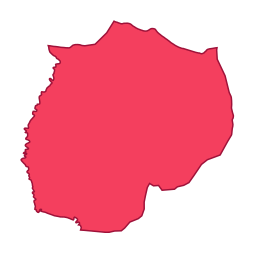 Juban, Al Dali', Yemen, rotated 94°
{"feature_id": "15242507B54497479807016", "entity_name": "Juban", "entity_type": "district", "adm_level": 2, "iso_a3": "YEM", "parent_name": "Yemen", "parent_adm1": "Al Dali'", "projection": "albers", "projection_center": [44.946, 14.052], "detail": "fine", "context": "isolated", "style": "filled", "palette": "rose", "viewbox_px": 256, "rotation_deg": 94, "n_neighbors": 0, "source": "geoboundaries", "source_scale": "gbopen_adm2", "svg_char_len": 5901}
<svg xmlns="http://www.w3.org/2000/svg" viewBox="0 0 256 256"><g transform="rotate(94 128 128)"><path d="M228.1,124.4L221.7,119.6L217.7,111.4L214.6,108.1L207.7,106.2L200.8,106.7L194.4,105.9L186.7,104.7L185.8,104.5L181.8,102.6L183.9,98.5L183.2,93.5L187.7,89.7L185.8,77.3L183.2,74.6L181.3,68.4L178.2,63.4L171.1,59.1L159.2,52.2L154.1,46.6L148.5,34.2L134.5,27.7L128.4,24.6L127.5,24.2L126.1,24.1L122.2,24.0L120.9,23.9L119.0,23.6L117.1,23.6L115.8,23.9L113.3,24.5L112.7,24.5L112.1,24.5L110.9,23.9L110.2,23.8L109.1,23.7L108.5,23.7L107.2,24.1L105.4,24.8L101.2,26.1L100.6,26.2L97.3,26.2L93.3,26.6L90.9,27.0L90.3,27.1L89.2,27.5L85.8,29.4L84.7,29.8L69.2,34.8L53.2,43.8L44.0,45.0L42.8,44.9L41.7,44.8L41.8,45.4L42.2,47.2L42.8,49.6L43.3,52.0L43.9,53.8L44.2,54.3L44.7,54.9L45.2,55.3L45.7,55.5L46.5,56.4L47.9,57.6L48.7,59.3L48.8,59.9L48.7,60.5L48.4,61.6L48.2,62.0L48.3,62.6L47.8,65.8L44.8,78.7L44.9,79.2L44.6,80.5L43.9,83.0L42.9,85.4L42.1,87.1L41.3,88.4L40.0,90.9L39.2,92.0L38.2,93.4L37.5,94.6L37.1,95.1L36.1,96.9L35.3,98.0L34.0,100.3L33.2,101.5L32.5,102.4L32.2,103.0L30.5,105.2L29.0,106.6L28.4,107.0L27.5,107.9L27.3,108.5L27.1,109.6L27.1,110.3L27.1,110.9L27.2,111.4L27.4,112.0L27.7,112.6L28.5,113.6L29.5,115.1L29.8,115.7L30.1,117.0L30.1,118.2L30.0,119.4L29.5,121.2L29.4,121.9L29.0,123.1L28.5,124.9L27.5,127.2L26.8,128.4L26.2,129.6L25.9,130.2L24.3,132.4L23.8,133.6L23.6,134.9L23.5,135.6L23.6,137.1L23.7,137.7L23.8,138.9L23.9,139.7L24.4,140.9L24.5,142.0L24.4,142.6L24.0,143.8L23.9,144.5L23.5,145.6L23.3,146.2L23.1,147.5L23.0,148.0L22.4,149.4L24.5,150.5L34.6,155.9L46.6,166.5L46.8,166.8L49.0,176.8L48.9,179.7L48.7,180.5L48.4,181.6L48.3,182.9L48.3,184.3L48.5,186.4L48.9,187.7L49.1,188.3L49.4,188.9L49.8,189.3L50.7,190.2L51.7,191.3L52.0,191.9L52.2,192.6L52.3,195.3L52.2,197.5L52.2,200.7L52.0,202.6L51.8,205.8L51.8,207.8L51.5,211.0L51.4,213.3L52.9,212.7L55.0,212.3L56.3,211.8L57.3,211.4L57.8,211.1L58.3,210.6L59.0,209.7L59.8,208.8L60.7,207.6L61.0,207.1L61.4,205.9L61.7,205.3L62.5,204.5L63.1,204.3L63.6,203.9L64.3,202.3L65.1,201.4L65.5,200.9L66.0,200.4L66.6,200.2L67.2,200.1L67.8,200.3L68.3,200.6L68.6,201.1L68.8,201.6L68.8,202.2L69.3,204.3L69.8,204.6L70.4,204.3L71.6,204.2L72.2,204.3L72.4,204.9L72.6,206.1L72.8,206.6L73.3,206.9L73.8,206.6L74.6,205.5L75.2,205.3L75.8,205.3L76.4,205.3L78.2,205.7L78.8,205.7L79.9,206.5L80.5,206.5L81.7,206.0L83.0,205.5L83.7,205.4L84.5,205.5L85.7,205.9L85.8,206.4L85.1,207.5L84.2,208.4L84.0,209.0L84.2,209.6L84.7,209.8L85.3,209.6L85.9,209.2L87.2,208.1L87.9,207.1L88.5,207.1L89.0,207.2L89.8,208.3L90.4,208.5L91.0,208.7L91.4,209.0L92.1,210.1L93.2,211.0L93.6,211.5L95.3,212.2L97.1,212.6L97.5,213.1L97.8,213.6L98.0,214.2L97.9,216.6L98.4,216.9L99.0,216.9L100.8,216.6L101.3,217.0L102.1,218.0L102.5,218.5L103.0,218.7L103.6,218.7L104.2,218.7L107.6,217.9L108.8,217.7L109.4,217.7L110.0,217.8L110.3,218.3L110.5,218.9L110.6,220.1L111.2,220.2L111.7,220.4L112.1,221.5L112.6,221.9L113.7,222.0L114.3,222.2L114.9,222.2L115.4,221.9L115.6,221.4L115.9,220.8L116.2,220.3L116.8,220.2L117.4,220.3L117.8,220.7L117.9,221.3L117.9,223.1L118.0,223.7L118.6,223.9L119.2,224.1L120.3,224.1L120.9,223.9L121.3,223.3L121.5,222.6L122.0,222.2L122.5,222.2L123.1,222.5L124.7,223.8L125.2,224.1L125.6,224.5L127.1,225.6L128.2,226.2L129.4,226.6L131.1,227.4L131.7,227.7L132.3,227.8L133.4,227.5L134.6,227.2L135.2,227.4L135.3,228.1L135.3,230.5L135.5,231.1L136.0,231.4L136.5,231.2L136.9,230.7L137.9,229.2L138.5,229.2L139.5,230.1L139.8,229.7L139.9,228.4L140.1,227.9L140.8,227.7L141.4,227.7L142.1,227.6L142.9,227.6L143.5,227.7L144.9,228.9L145.5,229.2L146.2,229.1L146.5,228.5L146.7,227.3L147.2,226.2L147.5,225.6L148.1,225.2L148.7,225.0L149.2,225.4L149.9,226.5L150.5,227.7L151.0,228.3L151.5,228.9L152.1,229.2L152.6,229.2L153.2,228.9L153.9,227.9L154.5,226.9L155.2,225.9L155.7,225.9L156.1,226.5L156.4,228.2L156.7,228.7L157.2,229.0L158.2,228.3L158.8,228.6L159.4,229.7L159.9,230.2L160.4,230.5L160.8,230.0L160.7,229.4L160.3,228.3L160.2,227.7L160.6,227.3L161.2,227.4L161.7,228.1L162.2,229.1L162.7,229.4L163.3,229.2L163.8,228.1L164.3,227.9L164.9,228.4L165.1,228.9L165.6,230.7L165.8,231.2L166.2,231.7L166.6,232.1L167.1,232.4L167.7,232.2L168.2,231.8L170.5,229.4L171.7,227.9L172.5,227.6L173.0,227.3L173.4,226.8L173.6,226.2L173.6,225.7L173.8,225.1L174.2,224.6L174.8,224.4L175.4,224.3L176.6,224.3L177.2,224.5L177.6,225.1L178.1,225.5L178.6,225.7L179.2,225.5L179.6,225.2L180.1,224.1L180.5,223.7L181.0,223.3L181.5,223.2L182.0,223.5L182.6,223.6L183.2,223.3L183.7,222.9L184.4,222.7L185.0,222.9L185.7,223.2L186.1,222.7L186.4,221.6L186.8,221.1L187.3,220.8L190.2,219.6L190.7,219.5L192.4,219.2L193.0,218.9L193.5,218.8L194.1,219.1L194.7,219.2L197.4,217.3L198.0,217.0L198.4,217.5L198.4,218.1L198.6,218.7L199.2,218.8L199.7,218.7L200.1,218.3L200.4,217.7L200.8,217.3L201.5,217.1L202.1,217.2L202.7,217.5L203.3,217.5L203.7,217.1L204.9,215.6L205.2,215.1L205.8,215.0L206.2,215.4L206.5,216.0L206.8,216.5L207.4,216.6L208.2,216.6L209.3,216.1L210.3,215.7L210.9,215.6L212.0,215.1L212.6,215.0L213.2,214.9L213.7,215.1L215.0,215.2L215.6,215.2L215.8,214.7L215.8,214.1L217.2,213.5L217.6,213.1L218.3,212.2L218.4,211.5L218.1,211.1L217.5,210.7L216.9,210.5L216.3,210.4L215.8,210.3L215.3,209.9L215.2,209.3L215.3,208.7L215.9,208.7L216.4,208.9L217.0,209.0L217.2,208.4L217.6,206.5L217.7,205.3L218.0,204.1L218.6,202.5L220.0,197.4L220.6,195.5L220.7,194.8L221.1,191.3L221.4,189.3L221.3,186.4L221.2,185.2L221.4,184.5L221.4,183.8L221.7,181.9L221.9,181.3L222.6,179.0L222.9,178.4L223.4,176.7L223.5,176.1L222.9,175.7L221.1,175.6L220.7,175.2L220.8,174.6L221.6,172.9L222.1,172.4L222.5,172.0L223.2,171.9L223.7,172.1L224.2,172.5L224.6,172.9L225.6,173.5L226.1,173.2L226.1,172.6L225.6,171.6L225.4,171.0L225.4,170.4L225.8,169.9L226.4,169.7L227.1,169.9L227.5,170.3L228.1,170.6L228.1,170.0L228.0,169.4L228.4,169.0L228.8,168.5L229.9,168.0L230.4,167.7L231.0,167.7L233.1,168.2L233.1,164.1L233.6,143.2L233.3,139.5L231.7,134.2L231.0,127.5L228.1,124.4Z" fill="#f43f5e" stroke="#9f1239" stroke-width="1.5"/></g></svg>